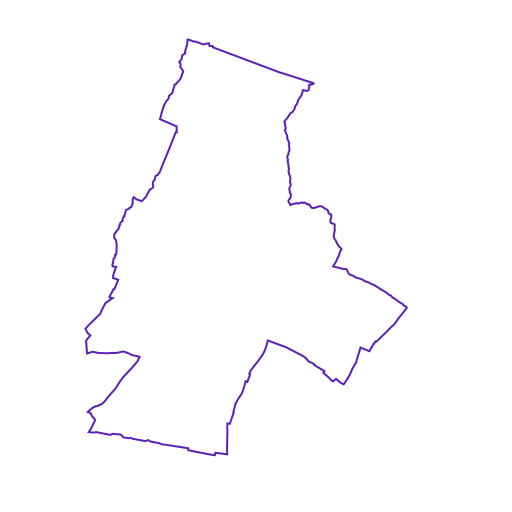 the district of Bang Phli, Samut Prakan, Thailand, rotated 189°
{"feature_id": "78962969B84891399333376", "entity_name": "Bang Phli", "entity_type": "district", "adm_level": 2, "iso_a3": "THA", "parent_name": "Thailand", "parent_adm1": "Samut Prakan", "projection": "albers", "projection_center": [100.716, 13.615], "detail": "fine", "context": "isolated", "style": "outline", "palette": "violet", "viewbox_px": 512, "rotation_deg": 189, "n_neighbors": 0, "source": "geoboundaries", "source_scale": "gbopen_adm2", "svg_char_len": 6062}
<svg xmlns="http://www.w3.org/2000/svg" viewBox="0 0 512 512"><g transform="rotate(189 256 256)"><path d="M372.3,376.2L355.6,371.8L355.0,371.9L354.3,369.6L353.9,366.8L353.6,365.8L354.5,365.8L354.7,365.4L358.0,350.4L361.4,336.0L361.8,334.6L364.3,323.3L365.4,321.8L366.0,320.5L367.4,319.5L367.9,318.5L367.9,315.9L369.2,313.4L369.4,312.7L369.0,310.3L368.4,308.9L368.6,307.6L369.0,306.7L370.5,305.7L371.7,304.1L374.1,296.8L374.9,296.1L375.7,294.6L377.3,292.3L382.2,293.1L383.5,293.6L386.0,295.0L386.6,293.1L386.1,288.4L386.4,286.6L386.9,285.1L387.2,284.6L388.9,283.3L389.8,282.0L391.2,281.5L391.6,281.1L391.7,279.5L392.1,278.3L391.8,277.3L391.8,276.9L392.5,275.8L392.1,274.5L393.1,273.6L393.5,272.4L393.2,270.0L395.3,267.2L395.0,266.0L395.8,264.8L395.5,263.7L395.9,262.5L395.9,261.6L397.9,258.3L398.1,257.4L399.3,255.7L399.1,254.6L399.3,253.8L398.8,251.9L398.4,251.2L396.7,249.6L395.6,246.1L395.3,245.0L394.7,240.0L394.3,235.8L395.4,235.0L395.0,233.9L394.9,233.3L395.6,232.1L396.3,230.5L396.1,227.8L396.4,226.9L396.1,226.6L396.5,224.9L396.3,223.9L396.2,223.6L395.3,223.2L393.8,223.4L392.5,223.4L393.5,217.9L394.1,213.9L393.6,213.0L393.7,211.9L388.4,211.0L389.9,204.2L390.9,201.0L391.6,201.0L393.0,196.6L394.2,193.4L394.4,192.7L394.3,192.2L391.0,192.0L394.4,188.8L397.4,185.7L400.0,178.1L400.9,174.4L410.7,161.2L413.1,157.3L410.0,153.4L407.2,151.7L410.0,146.9L410.5,145.5L410.4,144.9L407.6,133.3L403.2,135.5L402.2,135.8L401.2,135.9L399.4,135.7L395.4,135.6L393.2,136.0L388.0,136.6L383.4,137.7L379.0,138.4L377.1,139.0L372.6,140.8L370.4,140.7L365.6,139.7L363.0,138.7L357.9,138.5L355.2,138.2L356.4,134.0L358.9,129.5L361.8,125.0L363.2,123.2L365.5,119.4L368.0,116.0L370.9,110.4L373.9,103.4L380.2,93.4L382.3,89.5L383.7,87.3L384.8,86.0L388.2,83.6L389.0,83.2L391.0,82.4L393.4,80.7L394.2,79.9L397.3,76.2L397.8,75.7L394.7,74.8L392.7,71.9L391.3,70.7L390.7,70.6L389.3,69.1L389.3,68.5L391.7,60.3L393.6,55.9L389.1,56.1L386.0,57.1L372.4,56.5L371.4,56.8L370.0,57.9L361.9,58.5L361.3,58.3L359.3,56.6L357.6,56.1L353.3,56.1L352.1,56.6L351.1,56.7L350.6,56.6L349.9,56.2L336.5,55.9L335.9,56.0L333.9,57.3L330.9,56.2L322.6,56.0L320.3,55.3L316.1,55.4L293.0,55.5L292.6,53.6L273.3,52.8L265.5,52.8L265.3,55.3L253.5,55.6L255.0,64.8L255.6,69.6L256.4,74.7L256.5,76.7L257.3,80.6L258.1,86.1L255.6,86.2L253.5,98.0L253.9,98.1L253.2,106.5L251.5,111.5L250.8,112.9L248.4,118.3L247.6,122.6L246.8,128.8L246.7,130.6L244.9,130.2L243.3,138.1L243.4,138.3L244.2,138.6L244.3,138.8L243.4,141.7L241.9,144.8L238.0,151.6L234.0,159.6L233.0,162.4L232.2,165.9L231.5,170.4L231.1,174.4L212.1,170.6L193.8,164.5L190.5,162.8L188.0,160.4L185.8,159.6L183.1,158.9L181.4,158.1L181.4,157.4L170.4,153.0L171.2,151.1L169.7,150.3L164.4,146.9L162.3,144.9L161.5,144.9L160.2,144.2L157.8,147.2L153.3,144.4L149.8,143.0L149.3,143.0L146.2,149.6L145.8,150.9L145.1,152.5L144.2,155.7L143.3,159.5L140.5,166.3L140.4,168.0L138.4,181.9L129.0,179.7L128.0,183.1L127.8,183.1L126.4,186.8L126.0,187.7L125.8,187.6L124.6,190.4L123.8,190.3L123.6,190.4L115.3,201.4L111.4,207.0L108.9,209.9L107.0,213.5L105.4,216.9L101.1,224.4L98.9,228.4L100.2,229.7L102.0,230.1L104.2,231.7L107.6,233.0L111.9,235.4L114.4,236.2L115.3,236.8L116.2,237.7L116.6,238.0L119.3,238.9L121.9,240.5L123.7,241.1L129.0,243.3L133.7,245.4L135.6,246.0L137.6,246.4L140.4,247.5L143.4,247.8L147.8,249.5L150.5,250.0L153.5,250.2L155.5,251.0L157.4,251.8L160.7,252.4L161.7,253.1L163.9,256.4L164.3,256.8L164.8,257.1L165.8,257.2L167.5,256.9L168.6,256.9L178.3,257.8L175.9,263.3L175.1,266.8L174.3,268.9L173.6,273.9L172.7,275.5L172.6,276.1L173.2,276.7L175.8,278.8L177.4,280.5L178.1,281.4L179.9,284.1L181.2,285.3L181.6,286.0L182.2,287.2L182.5,288.6L182.3,290.4L182.4,292.1L182.2,293.8L182.7,295.5L183.1,299.1L183.4,299.6L183.8,299.8L186.2,300.2L187.2,300.5L187.7,300.9L188.2,303.4L187.7,304.8L187.7,306.2L188.3,308.8L190.9,309.4L191.8,311.7L192.7,312.7L194.8,313.4L195.9,314.0L196.9,314.3L197.7,314.9L199.8,315.3L200.7,315.2L203.1,314.1L206.1,312.5L208.0,312.2L209.1,312.7L209.3,313.1L210.0,313.6L210.6,314.6L211.6,315.0L212.2,315.5L212.5,315.5L213.0,314.9L213.4,314.8L214.3,315.6L216.4,316.4L217.4,315.7L218.6,316.2L218.9,316.1L219.8,315.5L221.0,315.4L221.8,314.7L222.4,314.6L223.0,314.2L223.8,314.6L224.4,314.6L225.8,313.7L227.0,313.5L228.6,312.7L230.0,311.6L231.2,313.3L232.4,314.7L232.6,315.3L232.6,316.1L232.3,316.8L231.4,318.1L231.0,319.5L231.2,322.6L232.1,323.4L232.5,323.9L232.7,325.3L233.6,327.0L233.5,328.8L232.9,330.9L232.9,332.2L233.0,332.8L233.7,333.5L234.0,334.2L234.1,337.2L234.5,339.0L235.1,340.6L236.3,342.3L236.6,343.2L237.2,345.1L237.0,345.9L237.2,346.6L237.1,347.4L237.7,349.0L239.1,353.8L239.6,354.4L239.5,355.6L239.7,356.8L240.5,358.0L240.5,358.8L240.7,359.4L239.9,361.4L240.0,363.8L239.6,364.7L239.4,365.5L240.4,369.4L241.1,371.3L240.8,372.4L242.3,375.2L243.8,377.3L243.7,378.7L244.1,380.0L244.8,380.8L247.2,384.8L247.2,385.2L246.6,386.2L246.5,386.7L247.4,389.0L247.8,389.9L248.1,391.8L248.8,392.8L249.0,393.4L248.7,394.1L246.8,396.9L246.1,398.5L245.3,400.0L244.4,402.3L242.5,403.9L241.2,406.6L240.8,408.6L240.7,410.2L239.2,412.7L239.1,414.2L238.7,416.6L236.3,421.7L235.7,425.3L235.7,426.8L235.6,427.2L235.3,427.3L234.8,427.3L233.4,427.0L232.3,427.0L231.2,427.1L230.6,427.4L230.1,428.2L229.8,430.3L229.8,430.9L230.3,432.8L230.2,433.4L229.8,433.6L229.0,433.6L228.6,434.0L228.1,434.0L227.2,434.4L226.2,435.0L226.1,435.7L260.0,440.9L260.7,440.9L331.0,455.3L331.3,455.5L331.4,456.4L331.5,456.6L334.4,456.1L334.9,456.2L335.6,458.7L339.8,457.4L340.7,456.8L341.1,456.7L349.2,458.3L349.8,458.4L351.5,458.0L354.6,458.9L357.4,459.2L357.1,453.2L357.4,451.9L358.1,446.7L357.5,445.3L358.0,444.7L359.6,443.4L360.2,442.8L360.3,438.9L360.8,437.9L361.6,436.8L362.1,435.5L361.4,435.0L360.3,433.2L360.5,431.5L360.2,430.8L356.9,427.4L356.9,425.7L357.4,424.5L357.5,422.3L358.1,421.1L358.1,420.1L358.4,419.2L359.6,416.9L360.9,415.2L361.9,413.4L363.3,412.4L363.1,410.7L363.9,407.4L363.7,406.4L364.1,405.3L364.1,404.1L367.0,400.5L367.1,400.0L366.9,398.8L367.1,397.6L368.8,394.8L369.7,392.6L370.3,390.8L371.1,386.3L371.7,382.1L371.8,379.8L372.3,376.2Z" fill="none" stroke="#5b21b6" stroke-width="2"/></g></svg>